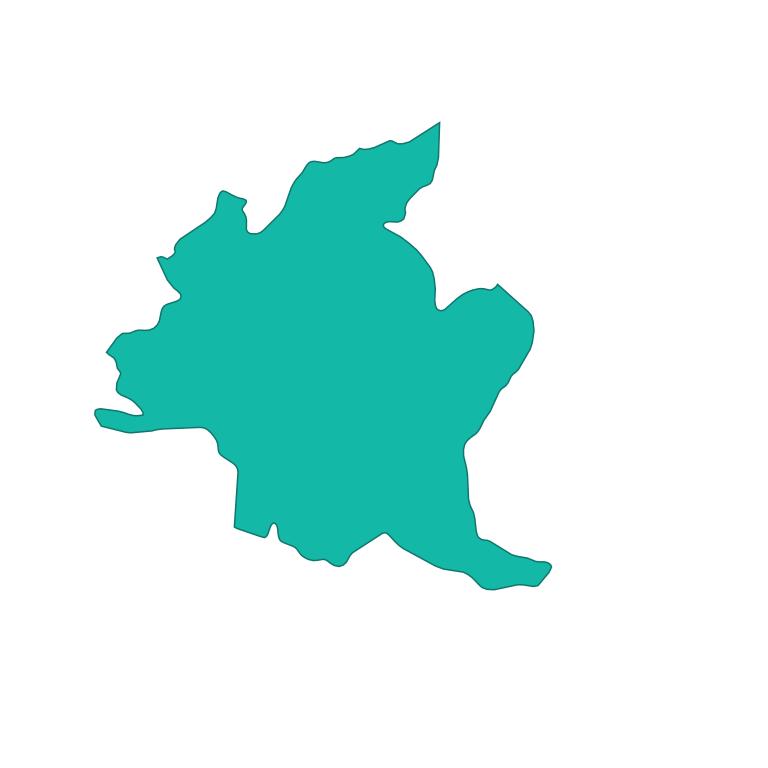 M'Sila, orthographic projection, rotated 314°
{"feature_id": "DZA-2214", "entity_name": "M'Sila", "entity_type": "Province", "adm_level": 1, "iso_a3": "DZA", "parent_name": "Algeria", "parent_adm1": "", "projection": "orthographic", "projection_center": [4.266, 35.131], "detail": "fine", "context": "isolated", "style": "filled", "palette": "teal", "viewbox_px": 768, "rotation_deg": 314, "n_neighbors": 0, "source": "natural_earth", "source_scale": "10m", "svg_char_len": 3891}
<svg xmlns="http://www.w3.org/2000/svg" viewBox="0 0 768 768"><g transform="rotate(314 384 384)"><path d="M536.6,202.8L538.0,205.4L539.2,207.0L542.4,209.8L547.4,212.8L563.1,219.2L564.5,221.2L566.2,226.9L569.7,230.5L575.8,234.1L610.7,242.4L584.8,265.8L578.2,270.0L572.6,271.9L564.3,277.1L560.3,278.0L556.5,276.7L552.9,274.9L548.9,273.9L535.3,273.8L530.1,274.5L526.4,276.2L524.5,277.4L522.7,279.9L521.8,280.8L516.6,283.5L513.2,283.0L510.4,281.6L509.4,280.7L505.2,275.8L503.3,274.1L501.3,273.0L499.2,272.6L497.6,273.4L496.8,275.1L496.9,277.4L501.4,294.0L502.6,304.0L503.1,314.0L502.5,321.3L500.0,336.3L498.4,340.9L494.7,346.8L488.1,354.8L479.4,362.4L476.0,366.7L474.7,369.8L475.1,371.9L475.9,373.6L477.4,375.0L479.7,376.0L496.7,377.3L502.8,378.4L508.5,380.3L513.4,382.7L518.4,386.0L520.3,387.8L521.9,389.8L524.7,394.4L525.7,395.5L526.7,396.0L528.9,396.7L532.4,397.0L534.6,396.5L536.1,437.3L535.5,442.5L532.6,447.7L526.5,454.9L516.9,461.8L510.8,464.9L487.8,470.6L484.0,470.5L480.3,470.0L477.5,470.2L471.2,472.4L467.5,472.8L461.4,471.8L457.8,472.4L438.2,479.4L427.7,481.0L418.3,484.0L414.7,484.6L411.8,484.6L405.0,483.4L400.9,483.2L396.8,483.9L392.0,486.8L387.6,491.2L380.8,501.8L376.7,507.1L359.8,524.9L356.4,530.4L353.7,537.6L350.5,542.5L341.9,552.9L339.3,557.8L339.8,562.1L341.3,564.5L343.1,566.6L344.5,569.7L349.9,594.5L352.6,599.6L358.3,607.9L361.8,616.5L364.4,619.8L367.6,623.1L369.3,626.2L369.7,629.3L368.9,631.5L365.4,632.9L362.6,633.6L346.0,634.8L342.3,632.3L335.8,623.1L332.3,619.5L312.6,606.2L307.8,600.7L305.7,595.8L305.6,591.5L305.9,586.4L305.9,581.3L305.2,576.2L303.7,571.7L292.2,555.3L288.8,547.4L278.9,511.7L278.3,506.3L278.3,501.4L278.8,492.8L278.6,489.6L277.4,487.7L275.5,486.6L241.0,478.6L237.3,478.7L229.7,480.7L225.6,480.5L221.7,478.6L218.9,474.3L217.9,470.2L217.5,466.6L216.9,463.9L215.4,461.8L211.1,458.7L207.8,455.7L205.4,451.7L204.2,448.1L203.5,444.7L203.6,441.7L204.7,436.1L204.6,433.1L203.6,430.1L200.6,423.1L199.6,420.0L199.4,419.5L199.4,418.5L199.6,417.0L200.7,414.7L202.7,411.9L205.0,409.3L207.0,406.6L208.1,404.1L207.8,401.6L206.1,400.7L203.2,401.1L194.8,404.9L192.3,405.3L190.5,404.7L188.3,400.7L177.9,378.5L177.2,375.7L218.9,340.5L221.1,337.8L222.2,334.5L222.2,330.6L220.1,319.9L219.6,315.6L220.1,312.8L221.6,310.4L223.6,308.2L225.5,305.9L227.1,302.6L228.2,298.1L228.7,293.6L228.5,288.3L227.2,284.7L225.0,281.8L197.9,256.0L192.5,251.7L189.1,249.7L172.9,235.7L170.1,232.1L157.3,209.9L160.7,198.0L162.2,196.3L164.5,194.7L166.7,195.4L169.3,197.3L180.1,212.0L182.9,217.1L185.1,222.0L187.2,225.6L189.8,228.6L194.2,232.2L196.1,230.5L197.1,226.8L197.5,217.7L197.1,213.4L196.1,209.5L193.5,202.7L193.0,198.7L193.9,195.5L199.1,191.2L208.0,187.7L209.3,186.3L210.1,181.2L213.2,176.9L214.4,174.3L215.1,171.7L214.1,165.8L214.0,162.4L231.6,159.9L238.2,160.6L239.2,161.2L243.6,165.5L246.3,166.9L249.1,168.1L251.7,169.6L253.9,171.8L256.4,174.7L259.7,177.7L264.2,179.7L269.1,179.9L273.5,178.5L281.1,173.6L284.6,172.0L287.6,171.7L290.6,172.6L299.2,177.2L302.9,178.4L305.9,177.4L307.4,174.9L307.5,170.5L307.0,166.6L308.3,156.1L317.1,133.2L320.6,135.1L321.6,136.6L322.4,138.4L323.0,141.0L323.3,141.3L328.8,142.6L331.8,142.7L333.5,142.4L334.3,141.7L334.6,141.3L334.9,140.2L336.5,138.8L339.6,137.4L346.5,136.7L376.0,143.1L383.6,143.8L389.3,143.5L394.0,141.2L402.4,135.3L407.0,133.4L409.6,133.4L411.1,134.1L412.1,135.9L412.8,137.8L414.1,142.6L415.8,147.8L416.9,150.2L419.1,153.8L420.0,155.7L420.2,157.4L419.3,158.6L416.9,159.3L412.3,159.9L411.2,160.6L410.5,161.5L409.4,165.8L408.2,168.7L406.3,171.3L399.5,177.7L398.6,180.5L399.3,183.5L403.5,188.1L406.9,189.9L410.6,190.5L433.6,191.0L438.4,190.4L443.2,189.1L460.6,181.0L467.2,179.2L470.4,178.7L479.4,178.3L487.5,176.5L491.3,176.4L493.7,177.4L495.9,179.3L501.0,186.6L502.9,188.5L505.7,190.2L508.3,190.9L511.8,191.5L514.0,192.8L518.9,197.7L524.2,201.0L528.1,202.5L536.6,202.8Z" fill="#14b8a6" stroke="#0f766e" stroke-width="1.5"/></g></svg>